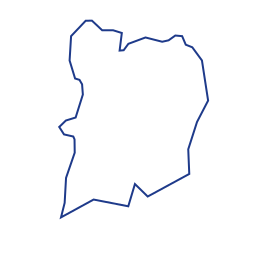 map outline of Leeds (Robinson projection), rotated 281°
{"feature_id": "GBR-5674", "entity_name": "Leeds", "entity_type": "Metropolitan Borough", "adm_level": 1, "iso_a3": "GBR", "parent_name": "United Kingdom", "parent_adm1": "", "projection": "robinson", "projection_center": [-1.452, 53.819], "detail": "fine", "context": "isolated", "style": "outline", "palette": "blue", "viewbox_px": 256, "rotation_deg": 281, "n_neighbors": 0, "source": "natural_earth", "source_scale": "10m", "svg_char_len": 628}
<svg xmlns="http://www.w3.org/2000/svg" viewBox="0 0 256 256"><g transform="rotate(281 128 128)"><path d="M64.5,160.4L74.3,145.5L51.2,143.2L51.2,107.9L27.5,79.3L42.4,80.1L67.2,76.7L93.6,80.4L106.6,77.7L109.2,75.9L109.5,66.4L115.9,60.3L123.5,65.6L128.3,74.6L152.2,77.3L162.1,74.6L166.0,71.2L166.5,66.6L183.1,57.8L207.3,54.6L225.2,66.0L226.5,72.1L219.0,84.0L221.1,94.7L220.1,103.8L202.4,105.0L203.5,108.9L210.7,112.3L220.2,127.9L219.2,145.1L221.8,151.1L227.8,156.8L228.5,163.6L220.8,168.8L219.5,175.7L208.4,187.7L170.2,201.4L147.1,194.6L118.6,191.2L94.6,196.9L64.5,160.4Z" fill="none" stroke="#1e3a8a" stroke-width="2"/></g></svg>